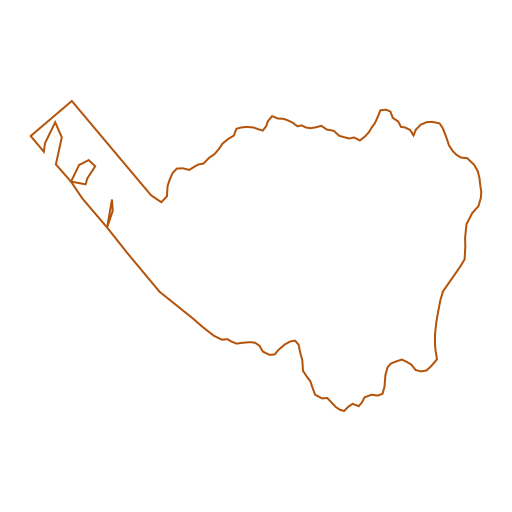 the district of Santa Luzia do Itanhy, Sergipe, Brazil
{"feature_id": "56859067B77744961178342", "entity_name": "Santa Luzia do Itanhy", "entity_type": "district", "adm_level": 2, "iso_a3": "BRA", "parent_name": "Brazil", "parent_adm1": "Sergipe", "projection": "equal_earth", "projection_center": [-37.504, -11.37], "detail": "fine", "context": "isolated", "style": "outline", "palette": "amber", "viewbox_px": 512, "rotation_deg": 0, "n_neighbors": 0, "source": "geoboundaries", "source_scale": "gbopen_adm2", "svg_char_len": 2153}
<svg xmlns="http://www.w3.org/2000/svg" viewBox="0 0 512 512"><path d="M107.1,227.5L127.2,252.9L159.5,291.7L192.9,318.5L201.7,326.2L205.7,329.4L213.8,335.7L221.9,339.7L227.5,339.2L231.3,341.5L236.5,343.6L243.3,342.7L249.8,342.2L255.1,342.7L259.4,345.7L262.8,351.5L269.3,354.8L274.7,354.5L278.3,350.0L284.6,344.6L290.2,341.5L295.2,340.7L298.7,344.9L300.1,352.1L302.3,360.3L303.0,370.8L306.8,376.6L310.4,381.4L312.4,387.4L315.1,394.7L322.0,398.4L327.3,398.0L331.5,402.5L335.9,407.1L340.0,409.8L344.1,411.0L348.1,406.9L352.6,403.8L358.7,406.2L362.0,402.3L364.5,397.4L371.5,394.7L377.8,395.6L382.5,393.8L384.5,386.8L385.4,375.1L387.6,367.2L391.0,363.5L396.8,361.2L401.8,359.6L406.7,361.8L411.2,364.5L415.6,370.0L420.8,371.4L426.4,370.5L431.1,366.2L437.0,359.3L435.5,350.2L435.0,344.3L435.0,334.2L436.4,321.6L438.0,312.5L440.4,300.1L443.0,291.3L451.4,279.3L460.6,266.0L464.6,259.3L465.3,246.7L465.1,237.9L466.5,224.2L472.3,213.0L478.4,206.2L480.8,198.0L481.3,191.9L480.3,185.6L479.5,178.4L477.9,171.5L474.1,164.7L467.1,158.1L461.1,157.6L456.3,154.7L452.8,151.1L449.0,145.4L445.8,135.8L442.6,127.9L439.5,123.3L432.1,121.9L426.9,122.1L420.8,124.6L415.9,129.6L413.5,135.4L410.1,130.0L405.2,127.5L401.0,126.9L398.2,121.5L392.8,117.9L390.4,111.5L386.0,109.7L380.4,110.3L378.0,116.3L374.8,123.3L371.7,127.5L368.8,132.3L365.3,136.2L359.8,140.5L354.1,137.5L349.0,138.5L344.5,137.3L339.2,135.8L333.8,130.8L327.0,129.6L321.2,125.8L315.8,127.3L310.7,128.2L305.9,127.5L301.6,125.4L297.5,126.3L292.4,122.5L287.5,120.2L283.4,118.8L277.8,118.5L272.1,116.1L267.9,121.2L266.1,126.3L262.8,130.6L258.8,129.4L253.5,127.5L246.8,126.9L241.0,127.5L236.4,128.8L233.8,135.6L228.6,138.7L222.6,143.5L218.9,149.0L214.7,153.9L208.9,158.0L203.5,163.6L198.3,164.5L194.0,166.9L189.3,169.9L182.8,168.3L176.8,168.6L172.7,172.9L170.0,178.9L167.6,185.8L166.9,196.4L161.3,202.2L151.0,195.2L136.1,177.5L71.8,101.0L30.7,136.0L43.8,151.7L45.0,143.2L55.2,122.3L61.8,137.3L55.9,164.4L71.0,181.6L82.2,198.3L107.1,227.5ZM71.0,181.6L79.1,165.0L88.7,160.1L95.2,166.3L87.3,178.4L85.6,184.3L71.0,181.6ZM107.1,227.5L112.0,199.5L112.7,210.9L107.1,227.5Z" fill="none" stroke="#b45309" stroke-width="2"/></svg>